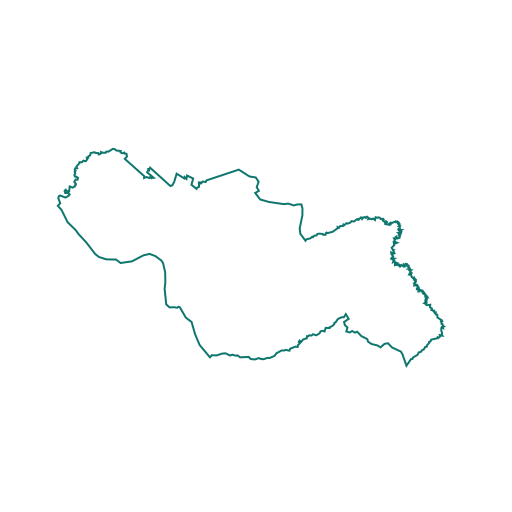 Concordia, Entre Ríos, Argentina, rotated 125°
{"feature_id": "61730980B23463184159568", "entity_name": "Concordia", "entity_type": "district", "adm_level": 2, "iso_a3": "ARG", "parent_name": "Argentina", "parent_adm1": "Entre Ríos", "projection": "equal_earth", "projection_center": [-58.296, -31.285], "detail": "fine", "context": "isolated", "style": "outline", "palette": "teal", "viewbox_px": 512, "rotation_deg": 125, "n_neighbors": 0, "source": "geoboundaries", "source_scale": "gbopen_adm2", "svg_char_len": 6087}
<svg xmlns="http://www.w3.org/2000/svg" viewBox="0 0 512 512"><g transform="rotate(125 256 256)"><path d="M365.4,235.6L362.6,235.3L360.1,231.3L355.3,227.7L353.2,225.1L352.4,220.1L350.5,218.9L349.2,215.3L348.0,214.1L348.1,210.9L342.9,204.1L343.4,201.2L341.4,197.6L338.1,195.2L337.4,192.6L336.2,190.6L332.9,188.2L331.8,186.4L327.2,183.5L323.9,183.5L318.4,180.6L317.3,178.7L315.9,177.9L314.4,174.3L312.3,174.8L307.6,171.7L306.6,169.7L304.8,170.5L302.4,170.0L301.8,170.3L301.9,171.6L300.3,171.8L300.4,169.7L297.3,169.5L294.3,167.2L292.5,168.3L291.7,167.1L290.5,167.0L289.3,164.9L287.5,164.5L286.3,161.1L282.8,159.6L280.6,159.9L279.0,158.4L278.5,156.6L274.9,157.7L272.8,154.4L272.1,154.8L269.5,153.3L266.8,152.8L265.6,153.5L264.7,152.7L260.7,152.8L257.0,150.7L255.8,148.9L252.1,149.1L254.4,144.0L259.5,146.0L261.6,143.6L262.1,140.1L266.0,138.7L264.8,135.3L262.3,134.2L262.0,131.0L260.0,129.7L261.2,123.6L260.2,117.1L261.9,115.2L261.8,110.8L259.6,105.2L259.4,101.6L254.2,100.3L251.8,97.8L252.9,92.1L251.2,82.5L252.4,79.8L259.6,69.8L251.6,69.9L250.5,68.8L249.3,69.2L244.3,67.0L241.5,67.4L240.2,66.0L237.6,65.9L236.5,65.0L233.4,65.2L232.4,64.1L231.3,64.7L227.6,64.3L227.1,64.9L225.7,64.1L224.0,64.5L219.3,60.2L218.4,60.6L218.2,59.5L216.2,59.0L215.4,60.1L214.3,57.6L213.6,59.1L212.4,59.3L210.9,61.4L208.7,62.9L207.8,63.0L207.7,61.4L206.7,62.3L205.9,61.7L205.9,62.8L204.8,64.3L205.2,65.0L203.9,66.3L203.0,66.1L203.2,67.0L202.1,66.9L202.3,72.1L200.4,73.5L200.1,74.3L200.7,74.9L200.3,75.9L201.1,76.0L199.2,76.4L199.8,77.3L198.7,78.5L199.5,78.9L199.0,80.5L199.6,81.3L198.1,81.9L198.2,84.1L196.0,85.3L198.3,87.8L198.2,89.3L197.2,89.3L197.9,90.9L196.8,90.5L196.2,91.1L195.8,90.0L194.4,90.9L194.8,91.7L194.5,92.2L193.4,92.4L192.9,91.7L191.9,92.9L191.4,91.8L191.0,92.7L191.7,93.5L190.0,93.6L191.7,94.4L190.2,95.6L189.3,98.3L190.8,97.4L190.8,98.1L189.4,99.1L190.1,100.4L189.3,100.9L189.7,102.4L190.8,102.3L189.8,103.3L190.9,103.4L189.9,104.1L190.9,105.2L190.3,105.6L188.8,104.6L188.6,105.6L189.3,106.2L188.0,105.7L187.2,107.7L187.7,108.7L188.3,108.2L188.5,109.2L188.7,108.7L189.4,109.5L188.1,109.9L187.1,109.4L187.4,109.8L186.9,110.8L185.1,110.3L184.6,111.0L185.7,112.1L183.8,111.5L183.5,113.0L184.3,113.4L183.0,114.2L184.1,115.1L183.7,116.7L182.4,118.2L183.0,118.8L182.5,119.6L183.0,120.0L181.9,120.2L180.6,119.0L180.0,121.4L178.6,120.9L179.4,122.6L178.7,122.9L179.1,123.7L177.9,123.1L177.7,124.8L177.4,124.4L176.3,125.4L176.5,126.9L176.0,127.6L176.5,128.7L177.6,128.2L177.5,129.0L178.3,128.9L178.3,129.6L179.5,128.3L180.0,129.0L179.8,131.5L182.1,131.9L181.6,133.2L180.7,132.5L180.9,134.1L181.6,135.0L182.2,134.7L182.4,135.7L183.8,136.9L182.3,137.9L181.0,137.0L181.5,138.8L180.7,139.6L182.2,140.2L180.3,140.9L180.6,142.6L178.9,141.6L179.9,143.7L177.6,143.5L176.7,146.3L175.5,147.3L175.3,145.4L174.6,145.2L174.9,144.4L174.3,144.1L172.8,146.9L172.0,146.7L172.3,147.9L171.4,149.6L167.8,149.0L165.9,151.0L165.3,150.2L165.6,148.9L164.2,148.0L164.9,151.3L163.0,151.5L162.5,152.9L161.2,151.1L160.6,152.5L159.5,152.1L160.2,151.1L160.0,149.8L158.8,148.8L157.1,150.4L156.7,149.7L156.1,150.5L156.5,151.1L155.7,151.2L155.6,152.1L155.2,151.4L155.0,152.4L154.4,152.0L154.9,151.8L154.3,151.3L154.3,150.3L152.5,150.9L152.1,152.1L151.5,151.9L152.4,153.0L153.1,152.9L152.8,154.6L152.1,154.8L151.1,153.6L149.8,155.2L149.1,155.2L149.6,156.2L148.6,156.1L148.4,157.2L147.7,157.2L147.8,158.6L147.1,158.8L146.9,158.1L146.6,158.9L146.7,160.2L147.9,160.7L147.6,161.5L151.1,163.7L151.4,164.6L153.0,163.8L153.8,164.4L153.1,165.4L154.5,165.8L155.7,168.5L154.8,169.2L154.3,168.2L153.1,168.1L153.0,169.5L154.3,170.7L154.2,172.4L152.8,172.4L152.6,173.2L154.2,175.2L153.7,176.6L154.2,178.0L155.0,178.4L155.6,180.2L158.3,179.2L158.1,181.4L159.6,182.4L159.6,183.4L161.3,185.1L160.3,185.2L160.1,187.5L161.8,187.8L161.6,189.2L162.8,190.1L164.7,190.3L163.8,191.3L164.2,192.2L165.9,192.4L166.8,193.3L168.2,192.2L167.4,193.4L167.8,194.3L171.6,195.6L172.7,197.8L174.4,197.8L177.0,199.6L177.2,200.7L180.2,201.4L180.1,202.4L181.5,202.0L183.4,204.3L185.3,204.2L185.5,205.7L186.4,205.0L192.2,207.1L196.2,210.5L196.3,211.6L197.5,211.9L198.6,211.2L200.1,213.0L199.7,214.0L201.4,217.0L202.8,218.4L204.4,218.2L206.1,220.0L208.0,220.2L208.0,221.0L210.5,221.7L213.3,224.2L215.1,224.2L212.4,232.4L208.4,236.0L196.1,241.3L190.3,245.3L187.7,248.4L190.2,251.9L192.8,253.9L194.6,259.6L197.6,263.0L204.3,276.4L207.3,285.0L204.8,292.8L201.0,291.0L199.2,294.9L193.7,296.4L191.8,301.3L194.6,306.9L195.1,319.6L222.4,339.9L224.3,339.7L225.6,342.4L228.3,342.7L228.5,343.4L227.7,343.9L228.5,345.0L231.9,342.4L234.1,343.5L235.1,343.2L234.7,349.7L228.6,351.9L229.6,358.6L232.7,357.2L232.3,359.7L233.6,359.2L234.1,368.2L242.3,365.5L245.8,365.1L247.8,366.2L244.4,393.4L245.5,393.2L246.5,394.1L247.3,392.6L248.1,393.5L249.9,393.2L250.6,384.7L251.7,385.9L251.4,386.9L252.3,386.7L252.4,388.1L253.4,388.2L254.1,391.0L256.3,392.4L254.7,393.4L251.7,419.2L248.5,418.8L246.6,420.7L247.3,422.0L246.8,423.2L248.2,423.8L248.8,425.3L248.6,426.8L247.6,427.1L249.7,430.9L249.5,433.2L250.3,434.7L255.2,436.8L256.3,438.5L257.6,438.3L259.3,440.7L259.7,442.5L260.6,441.7L262.8,442.7L263.1,443.2L262.1,444.1L263.7,446.8L263.6,447.8L266.5,450.5L268.7,449.6L270.6,450.5L271.7,449.8L272.5,451.0L273.6,449.7L276.1,449.9L276.9,452.1L278.9,452.3L280.5,454.4L281.1,453.9L285.8,454.4L286.7,452.9L288.0,454.4L289.9,453.5L289.8,452.7L291.2,452.7L291.9,451.5L293.8,451.3L294.8,449.8L294.1,448.7L294.1,446.6L295.9,446.0L296.8,447.6L299.5,447.4L300.2,444.9L301.0,444.4L302.0,444.9L303.0,444.3L305.2,445.5L305.9,448.5L310.3,446.1L311.3,448.1L310.9,449.9L312.5,450.1L313.8,448.4L312.3,446.2L312.4,444.0L314.0,444.0L317.4,445.6L318.8,451.1L320.0,451.8L322.1,451.1L325.1,446.6L328.6,447.1L329.8,441.8L336.4,429.6L338.2,418.6L339.9,413.7L342.2,402.9L346.6,388.9L346.9,384.1L344.6,376.7L339.2,368.6L339.4,362.9L331.6,354.6L319.9,348.5L315.3,344.3L313.8,338.4L314.0,330.9L315.1,328.1L321.4,321.1L329.5,315.2L335.2,312.1L347.1,301.8L347.7,297.3L344.9,293.7L343.6,290.9L342.0,290.3L341.7,288.9L346.7,278.2L347.0,270.9L354.8,261.3L361.2,251.2L365.4,235.6Z" fill="none" stroke="#0f766e" stroke-width="2"/></g></svg>